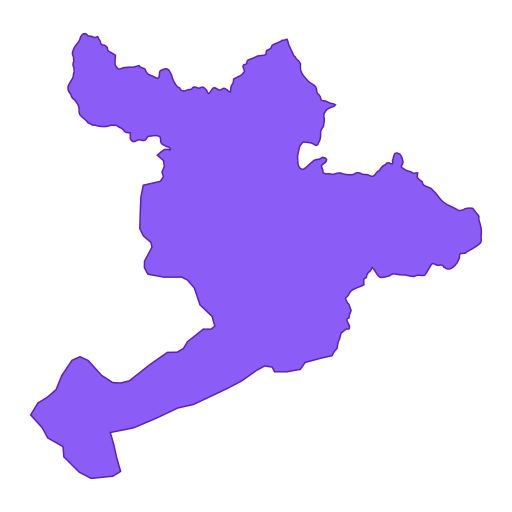 the district of Noyemberyan, Tavush, Armenia
{"feature_id": "60910142B91893533127348", "entity_name": "Noyemberyan", "entity_type": "district", "adm_level": 2, "iso_a3": "ARM", "parent_name": "Armenia", "parent_adm1": "Tavush", "projection": "natural_earth1", "projection_center": [44.992, 41.129], "detail": "fine", "context": "isolated", "style": "filled", "palette": "violet", "viewbox_px": 512, "rotation_deg": 0, "n_neighbors": 0, "source": "geoboundaries", "source_scale": "gbopen_adm2", "svg_char_len": 5903}
<svg xmlns="http://www.w3.org/2000/svg" viewBox="0 0 512 512"><path d="M120.6,471.4L116.5,457.0L114.0,445.4L110.3,432.5L133.6,427.8L155.6,418.5L177.7,408.0L193.6,404.4L225.5,389.3L241.4,381.1L256.2,370.6L264.7,365.9L272.1,367.1L274.6,371.8L286.8,371.8L300.3,369.4L305.2,362.4L322.4,357.8L332.1,355.7L333.5,352.7L335.5,350.0L337.0,348.5L338.2,342.0L339.6,338.8L341.1,332.9L342.1,332.4L345.3,329.7L346.7,329.0L348.6,329.0L349.3,328.6L349.5,327.1L349.4,325.5L348.2,323.4L346.9,320.3L347.2,318.6L348.8,318.1L349.3,316.5L349.4,314.5L350.1,313.4L351.1,310.4L348.9,304.3L347.3,302.6L345.5,298.8L345.8,297.9L348.1,295.4L350.5,291.5L352.6,289.8L357.5,287.5L362.0,285.8L363.9,284.8L363.7,279.6L364.2,278.8L366.3,277.5L366.9,274.9L368.1,272.8L370.2,271.0L372.3,267.7L373.3,268.5L377.7,275.2L379.9,277.2L381.4,277.5L384.4,277.1L389.2,275.9L393.0,273.7L399.2,274.7L405.2,275.0L411.2,276.3L413.9,276.5L416.7,275.4L418.7,275.2L422.0,275.5L424.6,275.3L426.5,272.7L431.2,264.8L432.1,263.7L433.7,263.7L437.1,265.2L438.5,265.4L440.5,264.9L441.7,265.1L443.3,266.0L443.8,267.2L445.1,267.7L446.3,268.6L448.2,269.0L449.4,269.0L450.9,268.5L452.5,267.6L455.0,265.5L455.5,264.6L456.9,263.1L458.8,259.5L459.4,257.7L459.5,255.3L459.8,254.1L461.1,253.4L464.5,253.3L465.6,253.0L466.8,251.9L474.3,247.6L478.5,244.7L480.3,243.0L481.0,241.8L481.3,239.8L481.0,237.6L481.3,232.2L481.2,228.8L480.3,224.6L478.8,219.4L478.9,216.3L477.9,214.8L476.6,213.4L472.8,208.4L470.9,208.1L467.5,208.2L465.1,208.7L463.5,209.7L460.3,210.6L458.3,210.4L455.0,208.4L446.9,204.5L444.0,202.6L441.7,200.6L439.6,198.2L435.6,193.0L433.6,191.1L431.8,189.1L430.4,188.1L425.0,185.9L423.7,185.1L423.0,184.2L422.5,183.2L422.2,181.7L419.9,180.1L417.8,178.2L417.2,176.5L417.7,173.0L416.9,172.8L414.8,173.2L413.0,173.2L411.0,171.8L408.3,171.1L405.7,170.1L401.6,167.4L401.4,166.0L402.4,164.2L403.1,162.2L402.1,158.1L401.0,155.8L399.7,154.1L397.9,153.2L396.6,153.0L394.8,153.5L393.6,156.5L393.2,158.5L392.4,160.5L392.8,162.4L392.4,163.9L390.9,163.9L389.4,162.8L386.9,163.0L385.0,164.9L382.9,165.9L380.5,168.7L379.7,170.3L378.0,171.2L376.5,172.7L375.3,174.3L373.8,175.8L372.8,176.3L371.0,176.2L367.7,174.7L362.7,174.3L359.7,173.0L357.8,172.6L355.9,173.0L353.3,174.6L350.9,174.7L347.7,174.7L342.6,173.9L340.5,172.9L336.6,173.3L333.3,174.4L328.4,173.7L325.8,173.9L323.4,173.0L322.9,171.7L322.9,170.1L321.4,166.8L321.9,165.0L325.7,162.2L326.7,159.8L325.5,158.1L322.6,157.3L319.2,159.2L317.0,159.4L313.9,160.4L305.7,167.7L303.3,169.3L302.0,169.3L300.0,168.2L299.1,166.9L298.2,165.2L297.7,160.1L297.6,156.7L298.1,153.2L299.6,146.6L300.9,144.6L303.0,142.1L305.1,142.1L311.0,142.9L313.5,144.0L315.4,145.2L316.5,145.4L317.7,144.7L319.7,140.4L320.6,136.8L320.6,132.5L320.9,130.4L322.0,128.5L323.4,126.4L324.2,121.2L324.3,118.5L323.8,116.5L324.0,113.9L325.9,110.7L327.6,109.0L331.1,107.3L334.1,106.3L335.4,104.8L333.7,103.9L330.2,103.2L325.4,100.9L322.6,100.8L321.0,99.8L320.2,96.6L319.2,95.1L317.6,93.6L316.8,91.8L316.6,89.3L315.8,87.3L314.7,85.8L312.6,84.2L310.0,82.7L308.1,81.1L303.8,76.2L302.0,73.4L300.6,70.3L300.4,66.6L300.5,63.8L298.8,61.1L296.5,59.1L295.3,57.0L293.5,55.4L292.3,52.3L288.8,45.0L287.7,40.9L287.0,39.2L284.1,40.2L282.2,40.3L280.3,41.6L273.2,44.6L271.7,45.9L271.1,47.8L270.0,48.9L266.5,50.6L265.9,54.3L264.3,55.2L257.6,56.0L252.1,58.6L249.5,59.4L247.5,60.4L246.7,63.0L246.0,64.2L243.7,64.8L242.9,66.5L244.2,70.0L244.5,71.4L243.6,72.7L242.3,74.2L240.6,75.5L233.6,79.0L233.3,82.4L231.6,85.4L230.9,87.2L230.7,89.7L230.3,91.9L229.0,91.7L227.4,90.0L224.8,88.4L223.0,88.4L221.7,89.4L219.7,90.2L218.5,89.8L216.5,88.5L214.4,87.6L212.7,88.4L209.7,92.8L208.4,93.5L207.4,92.4L206.8,90.6L206.1,89.6L203.3,87.2L201.1,87.3L199.6,88.1L197.9,88.1L195.5,87.1L193.7,87.0L192.6,87.8L191.4,89.3L188.6,89.6L184.4,91.0L181.9,90.7L180.4,89.5L179.6,87.9L177.3,86.8L175.6,84.4L173.6,81.1L172.4,77.9L171.5,74.8L170.2,72.4L168.8,70.0L166.5,68.7L164.0,69.1L160.4,70.6L159.5,72.3L159.4,75.1L158.8,77.5L158.1,78.2L156.1,77.9L152.7,76.1L148.2,74.4L145.9,71.5L145.1,69.1L140.2,67.0L139.0,65.6L133.1,67.2L129.2,67.1L124.2,67.6L121.9,68.2L120.0,69.2L117.9,68.7L116.4,66.9L115.1,64.9L115.0,61.5L115.5,55.2L108.2,50.9L107.6,49.8L107.3,47.6L106.0,46.2L104.4,45.2L102.1,44.9L100.9,43.7L99.8,40.2L98.8,39.3L98.2,37.5L97.5,36.6L95.9,37.3L94.8,37.5L92.4,36.8L91.8,36.3L88.1,36.0L86.1,33.9L85.3,33.6L83.5,33.8L82.2,34.6L80.5,37.1L79.9,39.3L78.9,41.3L74.8,46.7L73.5,49.2L72.5,52.2L72.4,54.3L73.3,56.4L73.6,57.9L73.6,59.8L74.0,60.9L73.4,62.1L73.0,64.0L73.0,65.5L73.5,66.6L74.0,68.4L74.2,70.6L74.1,72.0L73.5,73.6L73.3,75.7L72.8,77.9L68.9,84.5L68.0,86.8L68.1,89.3L68.6,91.3L69.7,93.0L70.9,94.2L71.5,96.7L72.7,98.4L75.0,100.2L78.0,104.7L79.0,107.7L79.2,112.9L79.9,114.7L82.1,117.0L86.5,120.8L88.1,123.0L89.4,123.3L92.7,125.2L95.2,125.2L98.0,126.0L101.1,126.5L104.1,126.6L105.6,126.6L107.7,126.2L111.0,125.3L114.2,125.3L116.8,125.5L119.4,127.4L121.5,128.2L123.2,129.6L124.6,131.6L126.0,132.3L128.3,132.8L129.8,132.7L130.4,132.9L130.1,134.6L130.4,136.2L130.2,138.3L130.9,139.8L131.8,140.8L133.0,141.6L134.3,141.6L138.5,139.8L140.2,139.8L142.3,140.4L143.7,140.5L145.3,140.1L148.1,136.4L153.4,135.7L156.7,135.6L158.9,136.2L160.3,137.3L160.8,142.1L161.3,143.2L162.0,144.1L167.0,146.8L168.5,146.8L170.4,148.7L170.4,149.6L169.8,150.2L168.6,149.4L164.5,149.4L161.2,151.8L157.3,155.2L163.5,160.6L164.3,166.5L162.0,172.0L163.4,176.8L160.2,181.4L143.3,185.2L140.9,197.2L140.2,213.7L139.8,228.6L143.3,235.8L150.9,242.4L152.0,247.1L144.5,261.2L144.4,267.7L147.9,274.2L163.8,277.1L181.7,277.1L187.4,280.0L194.3,287.9L200.0,304.9L212.1,316.4L214.8,326.2L211.0,329.2L203.4,329.1L187.5,341.7L183.3,348.6L177.2,352.2L167.3,352.4L149.1,365.2L129.4,380.8L120.7,383.0L112.7,382.6L101.6,375.4L88.3,360.6L80.0,356.7L72.0,360.3L61.8,375.5L56.1,389.6L47.4,397.2L37.9,403.0L30.7,415.0L42.4,428.0L47.8,438.0L63.0,446.6L63.8,456.8L79.4,472.3L91.2,478.4L112.8,476.2L120.6,471.4Z" fill="#8b5cf6" stroke="#5b21b6" stroke-width="1.5"/></svg>